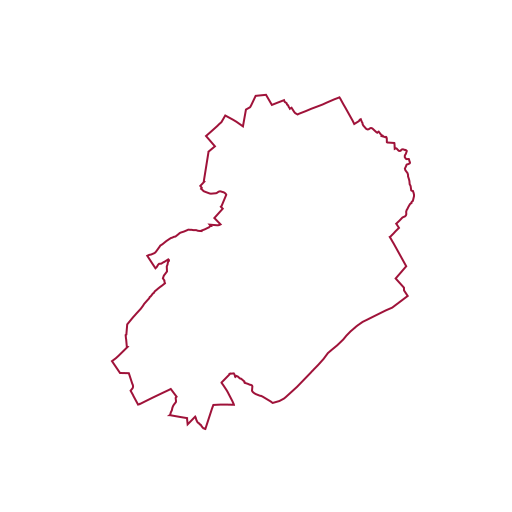 the district of Jaral del Progreso, Guanajuato, Mexico, rotated 233°
{"feature_id": "50627088B82806712046874", "entity_name": "Jaral del Progreso", "entity_type": "district", "adm_level": 2, "iso_a3": "MEX", "parent_name": "Mexico", "parent_adm1": "Guanajuato", "projection": "orthographic", "projection_center": [-101.046, 20.365], "detail": "fine", "context": "isolated", "style": "outline", "palette": "rose", "viewbox_px": 512, "rotation_deg": 233, "n_neighbors": 0, "source": "geoboundaries", "source_scale": "gbopen_adm2", "svg_char_len": 6066}
<svg xmlns="http://www.w3.org/2000/svg" viewBox="0 0 512 512"><g transform="rotate(233 256 256)"><path d="M379.0,336.1L367.4,323.6L375.1,321.1L378.8,319.6L386.7,316.0L383.7,308.9L383.5,306.0L383.1,303.2L382.4,295.0L381.9,288.3L368.3,289.2L367.9,280.8L367.5,280.5L347.1,259.3L346.5,259.5L345.5,253.7L343.9,253.7L343.1,253.7L342.7,252.6L342.1,252.8L341.5,252.9L340.0,253.1L339.3,253.2L337.6,254.2L334.0,256.5L333.6,256.8L333.1,257.3L332.7,257.8L330.1,262.0L330.0,262.6L329.9,263.1L329.9,264.4L329.8,264.9L329.7,265.4L329.6,265.7L329.1,266.4L328.8,266.7L327.1,267.9L326.4,268.5L325.9,268.7L325.4,268.9L324.7,269.1L324.1,269.2L323.4,269.2L322.8,269.1L317.3,259.7L316.7,258.7L316.5,257.6L313.8,257.9L311.4,245.6L302.6,246.7L302.8,245.6L303.1,244.7L303.8,243.6L308.9,237.9L307.1,238.0L307.4,237.5L307.3,236.2L307.2,235.8L307.2,235.3L307.4,234.8L307.5,234.3L307.8,232.8L307.9,232.1L308.2,230.8L309.1,227.8L308.7,227.5L309.7,226.3L311.1,224.8L312.0,224.2L312.5,223.9L312.8,223.6L313.2,223.1L313.9,222.1L314.5,221.4L315.6,220.4L316.0,219.9L316.6,219.1L317.7,217.9L317.8,217.7L318.2,215.9L318.9,213.1L320.0,210.0L320.2,209.1L320.2,208.5L320.1,207.0L320.0,203.4L320.7,202.0L320.8,201.7L321.0,200.4L321.6,198.7L321.6,198.2L321.7,197.1L321.9,193.2L321.7,188.3L321.9,186.1L321.9,185.7L321.6,185.1L319.7,178.9L319.5,178.0L319.4,177.1L319.5,176.3L320.3,173.1L321.1,171.5L321.2,171.2L321.6,169.3L313.1,168.7L306.7,168.3L306.9,170.0L307.9,172.5L308.1,173.9L306.9,175.8L306.7,178.6L306.5,178.9L306.1,183.9L305.1,184.0L304.5,183.5L304.5,182.7L303.5,181.3L302.5,180.3L301.3,178.4L297.2,175.6L295.8,170.6L294.2,168.2L291.6,168.1L290.5,167.4L289.0,166.9L288.9,161.9L289.0,161.7L288.9,157.9L288.8,156.6L288.7,153.9L288.2,152.6L288.0,152.3L288.1,151.0L287.4,148.7L287.1,147.3L287.2,146.5L286.5,145.2L286.1,143.0L285.1,138.0L284.2,135.6L283.2,132.2L282.2,126.8L282.2,126.7L282.0,125.7L281.6,123.8L281.1,121.1L278.9,112.0L272.1,105.9L271.3,105.2L271.3,104.3L268.2,102.4L267.5,102.1L264.3,100.1L261.4,98.3L260.7,98.8L259.0,85.9L258.7,82.6L258.7,77.7L244.4,77.0L239.9,82.7L239.0,83.8L238.9,83.9L236.0,82.9L229.0,80.5L228.0,80.2L227.7,80.2L226.9,79.9L226.1,79.5L225.7,79.2L225.2,78.7L224.8,78.1L224.6,77.6L223.9,74.8L223.3,74.7L218.9,74.1L218.2,73.9L208.3,72.4L208.0,73.5L207.9,74.0L207.7,74.0L206.7,79.5L205.1,88.0L204.6,90.5L202.7,99.9L201.5,105.6L201.1,107.9L191.4,107.9L191.2,106.8L191.0,106.4L190.5,106.1L188.4,104.9L187.9,104.5L187.5,104.0L186.7,101.0L186.2,99.7L185.2,98.0L183.4,95.9L182.4,93.9L180.8,91.8L180.8,91.3L180.4,91.8L179.9,92.2L172.5,99.1L168.0,103.4L167.2,102.8L162.7,100.1L163.1,103.0L164.3,110.7L163.8,110.6L163.5,110.7L161.8,110.0L161.2,109.8L160.7,109.7L160.3,109.5L159.6,109.5L159.0,109.3L158.0,109.3L157.6,109.4L157.0,109.7L156.3,109.9L155.9,109.9L155.7,109.7L155.4,109.7L154.8,110.1L154.4,110.2L154.2,110.3L153.3,110.1L152.3,110.2L151.9,110.1L151.4,110.1L151.0,110.2L150.0,110.3L149.7,110.6L149.5,110.9L149.2,111.0L148.5,111.2L148.3,111.4L160.6,129.0L162.7,132.3L158.9,137.9L155.8,142.1L150.5,148.8L150.9,149.0L154.4,149.8L164.4,151.5L166.0,151.7L167.2,151.8L172.1,152.1L175.6,152.2L175.7,152.3L177.4,163.7L177.8,163.9L177.6,164.8L176.6,165.9L176.1,166.9L175.6,167.6L174.5,167.5L174.2,167.5L172.2,166.7L171.9,166.7L172.0,168.2L170.5,169.0L168.1,169.4L167.4,169.8L167.2,170.1L166.8,170.3L162.7,171.2L162.3,170.8L162.0,170.7L161.5,170.6L161.3,170.8L158.9,172.5L156.9,173.6L156.1,174.4L154.9,174.9L154.0,174.6L150.8,171.7L149.2,171.6L147.3,172.1L145.5,172.9L145.0,173.3L144.3,173.6L143.8,174.0L142.4,174.8L141.4,175.6L141.2,175.9L139.6,176.7L131.2,180.1L130.4,180.4L130.1,180.4L128.6,180.9L126.1,187.4L125.3,192.6L125.4,194.8L126.8,210.0L129.9,229.7L130.3,231.5L130.3,232.1L130.7,234.2L130.8,235.0L131.6,240.2L133.1,247.9L135.2,255.0L135.5,259.8L135.8,267.1L136.8,275.4L138.0,280.3L138.9,286.2L139.4,293.9L139.4,296.1L139.2,301.5L134.8,325.0L134.4,327.1L132.8,333.7L132.8,353.1L139.4,353.5L141.7,355.1L154.0,354.0L157.4,369.8L182.8,373.4L186.4,373.8L187.7,374.0L190.7,374.3L190.6,375.1L190.8,376.4L191.2,379.3L191.8,382.4L192.4,387.1L196.6,387.4L197.4,387.4L197.9,391.9L198.6,396.0L198.5,396.8L198.0,398.7L198.0,399.1L198.0,399.3L198.1,399.6L198.3,400.3L198.7,400.9L199.0,401.2L199.8,401.8L200.9,402.5L201.6,403.4L202.2,404.3L202.4,405.1L203.6,407.4L204.6,409.8L204.8,410.3L204.8,410.7L204.8,411.3L204.7,411.9L205.1,412.1L205.5,413.0L205.6,413.5L205.6,414.4L205.9,414.8L208.6,418.1L209.6,418.9L210.1,419.2L210.8,419.5L211.7,419.9L213.4,420.4L213.5,420.2L214.8,419.5L215.1,419.5L218.3,421.3L219.2,421.7L220.8,421.9L223.5,423.6L225.1,424.3L228.2,425.4L229.2,426.2L231.0,426.9L232.9,426.9L233.0,426.9L234.6,426.9L236.2,427.5L237.5,430.0L238.1,430.8L238.3,431.5L237.7,433.1L237.5,434.6L238.1,435.3L239.3,435.6L241.3,436.4L241.5,436.4L242.8,434.5L243.6,434.2L245.4,434.3L246.3,435.0L246.8,435.5L247.4,437.1L248.2,438.3L249.1,439.6L250.1,439.5L250.7,439.3L251.0,438.7L252.1,438.1L252.7,437.6L253.2,436.9L253.3,436.5L253.3,435.8L253.0,434.9L253.3,434.1L254.2,433.3L256.8,433.0L257.4,432.9L257.9,432.5L258.1,431.3L259.8,432.4L259.8,432.5L262.9,434.5L263.0,434.5L267.6,429.2L268.1,429.0L268.3,429.1L271.0,431.1L272.2,431.6L272.8,431.6L273.0,431.4L273.1,430.7L273.4,430.6L276.0,428.6L276.2,429.4L277.2,428.9L281.5,428.8L281.6,427.8L281.5,427.0L282.7,426.6L287.8,425.7L288.8,425.1L289.3,424.3L289.4,422.4L289.8,421.4L291.0,420.6L291.6,420.5L295.7,420.2L297.1,420.5L298.2,421.1L299.4,421.2L302.2,422.0L302.4,420.9L301.8,419.3L302.3,413.9L305.9,414.6L307.4,414.8L320.5,416.6L324.7,417.1L328.8,417.7L329.6,417.8L330.0,417.9L330.9,418.0L332.5,418.1L332.8,416.9L333.5,414.5L333.8,413.5L333.9,413.2L335.9,405.0L336.9,400.4L337.7,397.6L340.3,388.8L341.8,382.8L343.7,376.1L344.0,374.4L346.5,373.3L348.1,373.2L353.0,373.6L353.2,371.8L353.4,371.9L354.3,371.8L355.6,371.9L356.9,372.3L357.2,372.3L357.9,372.0L358.5,372.0L358.9,372.2L359.7,372.4L360.3,372.2L361.4,371.8L361.7,371.7L362.1,371.8L362.4,371.9L363.0,371.8L363.6,372.1L365.4,365.8L367.1,359.6L378.7,361.0L384.1,352.1L379.5,343.3L378.6,341.4L378.5,341.1L378.4,340.7L379.0,336.1Z" fill="none" stroke="#9f1239" stroke-width="2"/></g></svg>